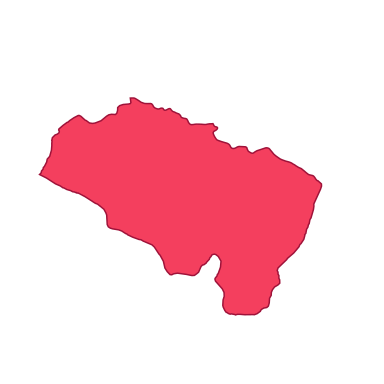 Río Hondo, Zacapa, Guatemala, rotated 228°
{"feature_id": "79465075B55217962729749", "entity_name": "Río Hondo", "entity_type": "district", "adm_level": 2, "iso_a3": "GTM", "parent_name": "Guatemala", "parent_adm1": "Zacapa", "projection": "robinson", "projection_center": [-89.587, 15.094], "detail": "fine", "context": "isolated", "style": "filled", "palette": "rose", "viewbox_px": 384, "rotation_deg": 228, "n_neighbors": 0, "source": "geoboundaries", "source_scale": "gbopen_adm2", "svg_char_len": 4937}
<svg xmlns="http://www.w3.org/2000/svg" viewBox="0 0 384 384"><g transform="rotate(228 192 192)"><path d="M167.8,125.9L166.4,126.0L159.7,124.4L153.6,121.0L149.4,120.3L145.3,120.4L144.0,121.6L143.5,123.6L141.4,126.9L134.4,132.8L130.0,136.0L128.4,138.0L128.1,140.8L128.0,143.2L130.6,148.9L130.7,151.0L130.0,152.1L129.7,155.0L130.0,155.6L130.4,159.8L131.2,161.3L131.3,162.9L131.9,164.5L131.6,165.8L130.7,167.2L129.4,167.9L126.5,168.4L121.2,167.3L117.1,162.9L113.8,156.8L113.8,155.7L112.9,154.5L112.4,151.4L111.7,150.6L110.0,149.8L99.8,149.7L95.9,148.6L92.9,146.1L91.0,142.9L87.1,139.0L85.6,138.2L81.9,137.1L79.6,136.9L79.0,137.4L77.4,137.7L75.7,138.6L75.1,139.7L72.2,141.9L71.6,142.0L70.7,143.9L69.0,145.8L65.6,149.0L60.0,155.4L59.1,156.2L58.0,159.0L57.6,163.0L58.1,163.8L58.2,165.4L57.7,167.7L56.1,170.3L56.1,172.4L57.9,175.2L61.2,178.6L62.2,181.7L64.3,183.8L65.5,186.3L66.2,189.8L65.4,193.7L65.5,196.2L68.1,198.4L69.7,198.8L71.8,200.7L73.4,201.0L74.9,202.3L76.6,202.7L78.0,205.1L78.4,217.1L78.8,218.5L78.6,226.7L79.7,234.8L80.8,237.1L80.7,238.4L82.0,243.4L84.2,246.8L84.8,247.1L85.1,248.9L87.7,252.3L88.3,254.5L89.9,256.8L90.0,257.8L92.6,261.2L93.1,263.1L97.7,270.5L99.8,273.0L101.6,274.5L108.1,289.4L109.7,292.2L111.4,293.6L116.1,293.1L116.5,292.7L117.4,292.6L118.5,292.6L119.3,292.7L119.7,292.8L120.3,292.9L121.0,293.0L121.7,293.0L122.6,293.0L123.6,292.6L125.3,291.4L125.9,291.0L126.6,290.5L127.5,290.2L128.2,290.1L129.8,289.8L132.3,289.5L133.6,289.3L136.2,288.9L137.3,288.4L138.8,287.7L140.4,287.2L142.5,286.6L143.3,286.5L144.4,286.1L145.2,285.8L146.1,285.6L147.1,285.3L148.0,284.9L149.0,284.4L151.4,282.9L151.8,282.6L152.2,282.3L153.4,281.7L155.2,280.7L157.4,279.7L160.2,279.0L163.0,278.4L165.4,278.1L169.1,278.3L170.4,278.3L171.4,278.4L172.2,278.4L173.0,278.3L173.6,278.0L174.4,277.5L175.1,276.8L175.6,276.1L177.5,271.7L179.2,267.9L179.5,266.6L179.8,265.0L179.8,264.3L179.9,263.7L180.4,262.8L181.0,262.3L181.9,261.9L182.8,261.6L183.8,261.3L184.6,261.2L185.2,261.2L186.1,261.5L187.0,261.8L187.7,262.1L188.3,262.4L188.8,262.3L189.4,262.2L190.0,261.8L194.3,257.5L194.7,256.8L195.1,255.9L195.3,255.2L195.5,254.1L195.8,253.2L196.2,252.5L196.7,251.8L197.1,251.4L197.6,251.1L198.5,250.8L199.1,250.8L199.8,250.9L200.3,251.1L200.8,251.2L201.4,251.3L201.8,251.4L202.4,251.4L203.5,251.2L204.8,250.7L206.7,249.5L209.8,247.6L211.6,246.6L213.1,245.8L213.6,245.6L214.2,245.4L215.1,245.4L216.6,245.6L218.3,245.9L219.9,246.4L220.7,246.7L221.3,247.0L221.8,247.3L222.1,247.7L222.4,248.7L222.3,249.3L222.2,250.0L222.0,250.5L221.9,251.0L221.9,251.6L221.9,252.6L222.0,253.1L222.3,253.6L222.8,254.0L223.4,254.0L224.0,253.7L224.6,253.3L225.1,252.9L225.6,252.8L226.4,252.7L226.9,252.8L227.5,253.0L228.2,253.2L228.8,253.3L229.6,252.2L230.8,250.8L231.9,249.2L232.9,247.5L233.6,246.7L234.6,245.7L236.5,243.9L239.5,240.7L240.6,239.2L241.3,238.1L241.9,237.3L242.5,236.6L243.2,236.1L243.7,235.9L244.2,235.9L245.0,235.9L245.9,235.9L246.7,236.2L247.6,236.5L248.4,236.7L248.9,236.8L249.4,236.9L249.9,236.9L250.9,236.4L252.2,235.3L253.2,234.7L254.0,234.3L254.5,234.1L255.7,234.2L256.1,234.5L256.7,234.6L257.2,234.6L258.0,234.6L258.5,234.5L259.1,234.4L259.6,234.0L260.3,233.7L261.0,233.3L261.7,233.0L262.9,232.6L264.5,231.7L265.2,231.5L266.0,231.5L266.4,231.5L267.2,231.5L267.7,231.6L268.1,231.6L268.6,231.5L269.2,230.9L269.4,230.5L269.7,229.7L269.8,229.1L270.0,228.4L270.2,227.8L270.4,227.2L270.8,226.7L271.2,226.3L271.7,226.2L272.5,226.2L273.0,226.3L273.7,226.3L274.4,225.8L274.8,225.4L275.1,224.9L275.4,224.3L275.5,223.8L275.7,223.3L276.0,222.8L276.4,222.3L276.9,221.9L277.5,221.6L278.1,221.2L278.6,221.0L279.1,220.8L279.6,220.6L280.2,220.6L280.8,220.5L281.5,220.6L282.5,220.9L283.2,221.0L283.9,221.0L284.5,221.0L285.0,220.7L285.4,220.5L286.3,219.4L286.8,218.9L287.1,218.5L288.9,216.6L289.8,215.8L291.3,215.0L292.4,214.4L293.1,214.1L294.6,213.8L295.8,213.5L299.2,212.5L299.9,212.2L300.6,211.8L301.3,211.1L302.2,210.1L303.1,209.0L299.3,206.4L299.0,205.3L299.7,203.9L303.1,199.4L304.6,196.0L304.5,193.3L302.5,191.4L300.9,188.9L300.8,187.0L303.6,184.2L305.0,181.9L305.5,179.3L305.8,172.1L308.1,166.1L309.5,164.0L311.9,162.0L315.9,161.2L316.7,160.7L322.6,160.1L324.2,159.5L325.0,158.6L326.2,154.0L326.9,149.0L326.9,146.5L327.3,145.8L327.8,140.8L327.9,135.3L327.3,134.4L325.9,134.0L325.0,132.8L325.1,130.7L326.0,128.4L325.8,124.6L324.1,122.2L323.6,122.1L321.6,120.0L320.6,119.2L317.1,115.5L313.7,110.1L313.3,106.4L311.5,104.0L309.7,99.3L309.7,98.0L308.6,96.5L308.3,94.2L307.2,92.8L307.0,90.4L299.8,93.2L289.4,96.0L284.6,98.2L281.5,98.9L280.8,99.5L277.7,100.6L274.1,102.8L272.0,103.5L270.5,104.8L269.6,105.0L269.2,105.6L268.3,105.7L267.4,106.7L260.1,109.4L248.3,112.6L246.2,113.7L238.2,115.0L234.3,114.1L232.0,113.2L224.5,107.2L222.1,106.5L219.8,107.1L217.8,108.3L212.9,112.2L210.0,113.7L205.4,114.9L204.6,115.5L203.4,115.5L198.1,117.7L192.1,120.9L190.6,122.2L188.1,122.9L179.6,126.9L176.3,127.2L167.8,125.9Z" fill="#f43f5e" stroke="#9f1239" stroke-width="1.5"/></g></svg>